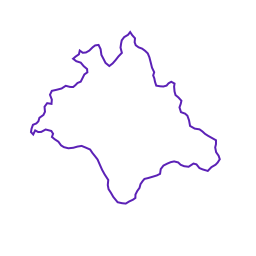 Astolfo Dutra, Minas Gerais, Brazil (Mercator projection), rotated 314°
{"feature_id": "56859067B65913887503429", "entity_name": "Astolfo Dutra", "entity_type": "district", "adm_level": 2, "iso_a3": "BRA", "parent_name": "Brazil", "parent_adm1": "Minas Gerais", "projection": "mercator", "projection_center": [-42.877, -21.322], "detail": "fine", "context": "isolated", "style": "outline", "palette": "violet", "viewbox_px": 256, "rotation_deg": 314, "n_neighbors": 0, "source": "geoboundaries", "source_scale": "gbopen_adm2", "svg_char_len": 1991}
<svg xmlns="http://www.w3.org/2000/svg" viewBox="0 0 256 256"><g transform="rotate(314 128 128)"><path d="M150.2,39.5L146.9,41.5L143.0,40.7L139.7,40.4L140.1,44.4L142.2,48.6L141.7,53.2L142.0,57.6L139.8,60.1L136.2,59.4L132.4,60.6L128.5,61.8L125.3,60.4L122.3,60.4L119.4,60.1L117.3,57.8L115.1,53.9L110.3,52.8L105.9,50.1L101.8,47.4L97.7,48.8L95.5,53.5L92.2,56.2L89.7,52.6L85.3,53.2L82.0,57.0L78.6,58.1L73.8,57.2L70.5,58.9L67.6,58.9L64.3,57.4L60.5,59.1L57.7,61.0L57.5,64.3L61.8,62.9L62.7,66.2L64.9,68.3L69.7,69.8L72.6,74.9L71.8,78.1L68.7,79.5L69.0,83.2L69.8,87.4L69.0,91.9L69.7,95.2L72.0,99.2L75.8,102.4L79.6,104.6L82.9,107.1L84.5,111.1L86.2,115.7L85.3,119.9L84.8,123.9L84.2,128.0L82.0,133.3L79.9,138.5L78.4,143.4L76.9,149.9L72.9,153.1L70.5,156.5L69.5,160.8L68.2,165.3L67.4,172.1L69.8,176.0L72.1,178.9L76.0,179.9L79.9,181.4L82.8,181.9L85.3,179.6L89.2,178.4L92.9,177.9L96.3,176.0L99.9,175.4L102.8,175.2L105.9,177.2L110.1,179.6L113.9,181.7L117.3,182.9L121.2,180.1L125.6,179.6L129.7,181.0L133.2,182.5L136.0,184.4L138.1,188.0L138.1,191.4L139.5,194.9L142.2,198.5L147.9,199.8L149.4,202.5L148.8,207.2L150.0,210.3L152.5,215.2L157.8,215.2L162.4,216.5L165.4,216.5L169.3,215.7L171.0,212.4L171.8,208.2L174.6,204.2L177.5,202.5L180.3,199.8L179.2,195.6L178.0,191.0L177.3,187.5L177.2,183.8L176.7,180.4L173.9,176.4L172.6,171.2L175.9,166.6L178.1,162.2L178.0,159.1L176.2,155.1L178.6,150.7L182.1,149.1L184.7,147.5L185.0,143.0L184.7,139.3L186.6,136.1L189.8,132.4L192.3,130.6L191.3,127.0L188.3,126.1L185.3,126.3L182.4,124.6L180.3,122.1L178.1,118.9L180.0,115.3L182.0,112.4L183.3,109.6L186.3,108.1L188.1,103.3L191.0,98.7L193.7,94.3L195.4,90.4L195.4,86.7L194.9,83.0L193.4,79.6L192.9,76.1L194.3,73.2L197.4,70.7L197.7,66.5L198.5,62.9L195.1,63.3L190.7,62.1L186.7,62.6L183.9,64.4L180.6,66.8L177.8,71.4L172.9,71.4L168.2,71.9L163.8,72.1L159.6,71.5L159.2,66.6L160.5,62.9L162.1,58.1L165.7,53.5L167.3,49.1L164.6,47.0L161.5,46.5L156.8,46.4L153.1,45.3L150.7,43.2L150.2,39.5Z" fill="none" stroke="#5b21b6" stroke-width="2"/></g></svg>